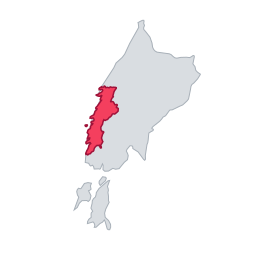 Harju highlighted on a map of Estonia, rotated 295°
{"feature_id": "EST-1654", "entity_name": "Harju", "entity_type": "County", "adm_level": 1, "iso_a3": "EST", "parent_name": "Estonia", "parent_adm1": "", "projection": "equal_earth", "projection_center": [24.879, 59.328], "detail": "fine", "context": "in_parent", "style": "filled", "palette": "rose", "viewbox_px": 256, "rotation_deg": 295, "n_neighbors": 0, "source": "natural_earth", "source_scale": "10m", "svg_char_len": 5672}
<svg xmlns="http://www.w3.org/2000/svg" viewBox="0 0 256 256"><g transform="rotate(295 128 128)"><path d="M207.4,170.8L206.6,170.9L201.9,170.3L196.7,168.7L194.4,167.5L192.2,167.5L189.5,168.3L179.9,170.6L177.6,170.1L172.0,167.8L169.2,165.3L163.0,160.3L162.5,159.1L161.7,158.2L155.0,156.9L152.6,155.1L150.6,154.8L147.6,153.9L139.8,150.0L137.9,149.6L137.5,150.3L137.6,151.2L137.1,151.8L136.1,151.7L134.3,150.3L132.2,149.0L125.5,151.4L123.1,152.1L121.0,152.2L110.4,155.3L107.2,157.0L105.8,156.8L106.2,155.3L110.6,147.3L111.4,141.1L113.0,140.2L113.5,139.3L112.8,137.3L108.2,136.1L106.4,136.2L104.7,138.4L103.0,139.9L99.0,140.9L95.5,139.2L87.4,137.1L85.4,134.2L85.0,131.3L80.7,128.5L79.0,125.2L79.7,122.9L83.6,121.3L84.7,120.0L79.8,120.2L78.8,119.9L78.6,118.7L76.5,114.7L78.5,113.1L79.3,111.6L77.8,110.3L78.2,108.8L79.4,107.3L78.7,103.8L83.6,102.0L88.3,100.7L98.2,100.0L97.2,96.9L101.3,96.7L108.0,92.9L114.7,93.6L124.4,91.0L143.0,91.0L145.6,89.5L145.1,88.0L145.2,86.4L148.7,86.8L154.5,86.6L176.5,89.7L181.9,89.7L189.4,92.9L193.5,93.8L205.4,93.8L223.7,95.2L227.3,93.0L227.6,92.5L229.4,93.7L231.7,95.6L232.3,96.8L231.6,97.4L229.4,98.0L228.9,98.6L227.9,99.6L225.4,99.8L224.0,100.6L222.5,103.9L219.6,109.5L215.2,113.8L211.7,116.1L210.1,117.9L209.2,120.0L209.0,122.2L212.7,134.1L212.7,136.2L211.9,138.5L211.4,140.7L211.9,142.7L214.3,146.0L216.8,151.0L217.9,154.2L219.5,155.4L221.1,156.3L221.4,156.8L221.4,157.4L220.6,158.0L213.6,159.7L212.7,161.2L212.0,162.7L208.9,165.1L208.0,167.3L207.5,169.9L207.4,170.8ZM49.3,126.6L51.7,127.6L53.9,127.3L56.1,126.6L60.9,127.3L71.7,132.2L72.7,133.5L66.2,134.1L64.7,135.6L63.1,136.6L61.2,137.0L58.0,139.1L53.7,141.1L52.8,142.3L45.1,142.1L40.9,142.8L37.4,145.1L35.9,149.5L33.3,152.9L30.8,154.2L28.1,154.4L27.5,153.1L27.8,151.8L33.5,146.9L34.7,145.4L31.9,144.7L29.6,143.0L24.6,141.0L23.7,139.4L24.9,139.3L26.0,138.9L27.4,137.6L28.1,136.0L24.2,131.6L26.2,130.9L28.8,131.1L31.4,132.4L34.4,130.9L35.6,130.6L37.6,131.2L39.7,128.3L44.6,127.3L47.0,126.4L49.3,126.6ZM59.6,118.4L56.9,120.4L55.3,119.6L54.5,118.7L50.9,123.1L46.9,123.9L44.6,123.0L44.9,121.4L42.7,117.0L39.3,115.7L34.5,115.6L31.0,113.8L44.5,112.6L45.9,110.5L48.7,108.4L50.7,108.1L52.5,108.6L52.8,110.3L53.2,111.0L59.3,111.9L61.6,114.8L62.5,118.2L59.6,118.4ZM73.4,129.5L70.7,129.9L64.2,127.1L65.7,125.1L67.6,124.4L73.1,125.6L73.9,128.5L73.4,129.5Z" fill="#d9dde1" stroke="#a8b0b8" stroke-width="1"/><path d="M86.1,102.4L86.5,102.5L86.9,102.1L87.0,101.7L86.7,101.3L86.3,101.1L86.7,100.6L87.4,100.4L90.3,100.3L91.8,100.5L93.3,100.5L95.0,100.1L96.7,100.0L98.1,100.8L98.8,99.9L98.5,99.2L96.4,97.4L96.1,97.1L96.2,96.6L96.6,96.2L97.1,96.0L97.6,95.9L98.1,95.9L99.1,96.4L100.9,97.6L101.9,97.8L102.8,97.5L102.5,96.9L101.6,96.1L100.9,95.7L101.5,95.4L104.4,95.3L105.6,95.0L106.0,94.6L106.4,93.3L106.5,93.0L108.7,92.7L109.4,92.7L110.1,93.0L111.2,93.9L111.9,94.0L112.5,93.9L113.0,93.5L113.5,93.3L114.2,93.4L116.1,94.2L116.7,94.3L117.2,94.2L117.1,93.8L116.6,93.4L116.0,93.3L116.0,93.0L116.8,93.0L117.2,92.9L117.3,92.6L117.4,92.1L117.7,92.0L118.1,92.0L118.5,92.2L119.1,92.8L119.5,93.5L120.0,93.9L120.9,93.8L121.3,93.6L121.5,93.5L122.3,92.5L122.4,92.3L122.1,91.7L121.9,91.4L121.6,91.3L121.3,91.1L121.2,90.7L121.2,90.3L121.2,90.1L121.1,89.8L120.9,89.5L122.0,89.1L123.2,89.7L125.4,91.4L126.3,91.5L128.8,91.1L129.6,91.2L131.0,91.8L131.6,91.9L132.3,91.7L132.0,90.7L132.4,90.3L133.2,90.3L134.8,90.9L141.9,92.2L141.7,91.3L142.1,90.8L142.9,90.6L146.0,90.6L146.3,90.5L146.3,90.2L146.1,89.9L145.7,89.8L144.8,89.1L144.3,87.5L144.2,85.9L144.4,85.2L144.9,85.5L146.0,86.8L146.6,87.1L147.3,87.3L147.9,87.7L148.9,88.7L149.6,89.0L150.7,89.2L151.6,89.1L152.1,88.4L151.8,87.7L151.3,87.3L150.9,86.8L151.1,86.0L150.9,85.9L150.6,85.8L150.5,85.7L151.3,85.1L152.3,85.3L154.1,86.5L153.8,86.8L154.3,87.3L154.5,88.3L155.0,88.7L155.6,88.9L156.0,88.8L156.0,89.0L156.0,89.9L155.8,90.1L155.2,90.6L155.2,90.8L155.3,91.0L155.6,91.4L155.7,91.6L156.1,92.0L156.4,93.6L156.5,93.8L156.7,94.1L157.7,94.5L157.8,94.8L157.9,95.0L157.8,95.3L158.0,95.8L158.0,96.1L158.1,96.5L158.3,96.9L158.7,97.3L158.9,97.8L159.6,99.7L159.6,100.0L159.6,100.3L159.0,100.6L156.4,100.1L154.8,100.0L150.4,100.8L150.4,101.3L150.2,101.3L149.8,101.4L149.3,101.3L148.0,100.8L145.7,101.0L144.6,101.1L144.5,101.3L144.6,101.5L144.9,101.9L145.3,102.4L145.5,103.2L145.4,103.7L145.1,104.3L144.5,105.0L143.6,106.3L144.1,107.4L144.2,107.5L144.6,107.8L144.6,108.2L144.4,108.4L144.2,108.6L143.8,108.7L143.3,108.7L142.8,108.6L142.0,108.6L141.7,108.8L141.6,109.2L141.8,110.0L141.6,110.9L139.1,111.9L137.7,111.4L136.6,110.9L135.6,110.4L135.1,110.1L134.9,109.8L134.9,109.5L134.8,109.3L134.8,109.1L134.7,108.8L134.5,108.4L134.0,108.0L133.6,107.8L133.3,107.8L133.1,107.9L132.4,107.9L130.4,107.2L130.0,106.6L127.8,106.1L127.0,105.8L126.8,105.6L126.5,105.2L125.9,104.6L125.3,104.3L125.1,104.0L125.1,103.6L125.3,102.6L124.0,102.6L121.8,103.0L121.3,103.1L121.0,103.3L117.3,103.0L116.3,103.5L115.8,103.8L115.1,104.2L114.9,104.4L114.4,105.0L114.2,105.8L113.7,106.2L113.8,106.5L114.0,106.7L114.3,107.0L114.1,107.7L113.8,107.8L111.4,107.6L109.6,107.9L107.8,108.2L107.5,108.4L105.7,110.1L105.0,111.0L102.7,110.8L101.7,110.6L100.9,110.7L100.5,110.8L100.2,111.0L100.0,111.4L99.7,111.7L98.8,112.2L98.4,111.9L98.3,111.7L98.4,111.2L98.7,110.9L98.9,110.6L100.2,109.4L100.3,109.3L100.3,109.1L100.1,109.0L99.8,108.8L99.4,108.5L99.3,108.1L99.3,107.8L99.3,107.5L99.2,107.3L97.8,106.6L96.1,106.1L94.3,106.2L93.5,106.4L93.1,106.5L92.4,106.4L91.3,105.5L90.8,105.2L90.1,105.0L89.0,104.8L88.7,104.6L88.1,103.8L87.7,103.4L86.7,103.0L86.2,102.4L86.1,102.4ZM112.5,88.0L113.0,88.5L113.6,89.6L113.4,90.0L112.5,90.1L111.6,89.5L111.6,88.8L112.0,88.1L112.5,88.0Z" fill="#f43f5e" stroke="#9f1239" stroke-width="1.5"/></g></svg>